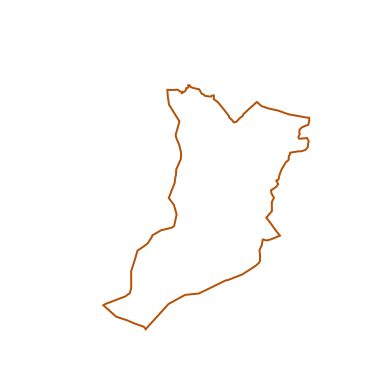 the district of Al Ma'afer, Ta`izz, Yemen, rotated 324°
{"feature_id": "15242507B70536042027816", "entity_name": "Al Ma'afer", "entity_type": "district", "adm_level": 2, "iso_a3": "YEM", "parent_name": "Yemen", "parent_adm1": "Ta`izz", "projection": "natural_earth1", "projection_center": [43.973, 13.376], "detail": "fine", "context": "isolated", "style": "outline", "palette": "amber", "viewbox_px": 384, "rotation_deg": 324, "n_neighbors": 0, "source": "geoboundaries", "source_scale": "gbopen_adm2", "svg_char_len": 3678}
<svg xmlns="http://www.w3.org/2000/svg" viewBox="0 0 384 384"><g transform="rotate(324 192 192)"><path d="M73.8,275.8L74.2,275.7L88.1,272.8L89.6,272.5L91.5,272.1L103.9,269.5L107.1,268.8L119.1,270.3L120.3,270.4L126.0,271.2L137.8,278.1L150.0,280.3L155.7,281.3L157.0,281.5L164.9,282.9L167.2,283.3L169.6,284.4L177.5,286.5L180.9,287.4L183.1,288.0L183.9,288.2L185.7,288.3L186.7,288.4L192.5,288.7L199.6,289.1L204.3,288.7L204.7,288.5L206.5,287.7L208.2,285.4L209.3,284.1L211.1,281.0L212.4,278.7L217.1,276.1L220.0,273.3L221.0,272.2L221.7,272.2L223.2,274.2L223.9,275.1L228.3,276.8L230.9,277.4L232.5,277.8L233.2,278.0L237.5,279.0L237.4,277.9L237.2,273.7L237.2,265.0L237.2,263.9L237.2,263.4L237.1,259.3L237.1,256.4L245.5,254.4L249.1,249.2L249.6,248.6L250.5,247.2L254.9,244.8L255.5,239.6L257.0,237.0L259.5,237.3L263.6,237.3L266.3,236.3L266.4,235.6L267.0,232.3L268.6,232.6L269.3,232.7L271.0,231.2L272.8,229.7L275.0,228.1L278.6,225.9L279.7,225.5L281.1,224.9L281.4,224.8L282.6,224.3L284.5,223.5L285.6,223.0L287.4,223.0L287.5,223.0L288.7,222.8L289.5,222.5L290.6,220.8L291.6,219.7L293.0,219.3L294.6,217.9L296.5,219.0L297.8,219.4L299.5,220.5L300.5,220.8L300.8,220.9L302.3,221.9L302.8,222.2L304.9,223.6L305.5,223.7L308.1,224.5L308.6,224.6L308.8,224.6L312.0,223.8L312.2,223.6L313.9,221.6L316.2,219.5L316.8,216.0L310.1,212.0L310.2,210.2L313.4,208.3L313.7,206.9L315.6,204.9L315.8,204.9L318.2,204.3L319.8,204.5L320.3,204.6L322.2,205.0L325.6,206.0L329.3,202.7L330.3,200.8L330.0,200.7L329.8,200.4L326.4,197.0L325.2,195.7L323.4,193.8L321.8,192.1L321.7,192.1L320.5,190.7L320.3,190.6L317.4,187.6L317.2,187.3L315.9,186.0L315.9,185.9L313.7,182.9L311.8,180.1L309.2,176.3L308.8,176.0L308.5,175.6L306.9,173.8L305.4,172.1L305.1,171.7L303.1,169.5L302.6,168.9L301.1,166.7L298.8,163.5L297.4,157.3L293.2,157.7L292.4,157.8L290.5,158.0L288.7,158.2L286.4,158.4L284.6,158.6L284.2,158.6L283.9,158.7L279.8,159.2L279.2,159.3L277.5,160.3L274.7,160.2L273.2,160.5L272.2,160.7L270.2,161.1L269.1,161.3L268.3,161.0L268.1,160.9L266.8,160.3L266.7,158.2L266.6,156.9L266.6,156.7L265.9,153.6L266.6,151.6L266.5,150.8L266.5,150.1L266.3,145.3L266.3,144.7L266.3,144.3L266.1,140.0L266.0,138.8L265.8,135.0L265.8,134.9L265.6,134.2L264.7,131.2L264.2,129.7L266.4,126.8L265.7,126.0L263.2,125.8L259.1,122.0L258.6,119.7L257.6,118.0L258.2,113.2L256.2,111.0L253.8,108.1L252.7,106.4L252.7,106.1L252.7,105.6L252.7,105.1L252.7,104.4L252.7,104.1L251.6,103.5L251.0,104.9L249.6,105.2L248.3,104.6L247.7,105.2L246.7,106.0L245.9,106.4L242.9,106.2L242.9,105.7L242.5,106.0L242.1,105.9L242.3,105.7L240.5,100.8L240.1,100.5L237.6,98.9L237.2,98.7L232.1,94.9L228.9,99.9L226.2,105.1L226.1,105.3L225.7,106.0L225.4,106.5L225.2,107.0L224.7,107.8L224.6,109.9L224.5,111.9L224.2,115.5L224.0,118.6L223.8,121.1L223.7,122.8L223.4,127.4L223.2,127.6L216.2,133.2L212.5,136.0L211.2,138.6L209.3,146.6L207.5,150.8L206.2,153.9L202.4,158.7L202.2,158.8L201.9,159.0L201.2,159.4L201.0,159.5L200.5,159.8L198.0,161.3L197.2,161.7L196.7,162.0L196.4,162.2L195.8,162.6L195.6,162.7L192.9,164.2L191.7,165.4L191.4,165.8L189.1,168.8L187.3,170.2L187.2,170.3L183.3,174.4L183.1,174.6L182.5,175.0L179.2,177.1L177.4,178.1L174.3,180.2L171.1,182.3L169.7,183.1L169.7,187.6L169.8,191.7L169.6,192.3L167.7,197.5L167.0,199.4L166.4,201.1L157.5,209.0L154.8,209.0L145.2,205.1L145.2,204.9L134.6,203.7L132.3,205.2L131.7,205.4L130.4,205.8L129.7,206.1L129.4,206.2L128.9,206.4L125.5,207.6L119.3,207.6L116.8,207.5L114.4,207.4L113.4,207.4L106.9,212.5L96.1,220.4L93.7,223.8L93.5,224.1L88.4,231.2L86.0,234.3L81.9,237.5L81.6,237.4L80.9,237.2L76.8,237.3L63.5,233.7L56.5,231.8L53.7,231.5L57.4,248.4L58.1,249.3L64.3,257.9L65.9,260.7L68.1,264.4L73.9,272.8L73.8,275.8Z" fill="none" stroke="#b45309" stroke-width="2"/></g></svg>